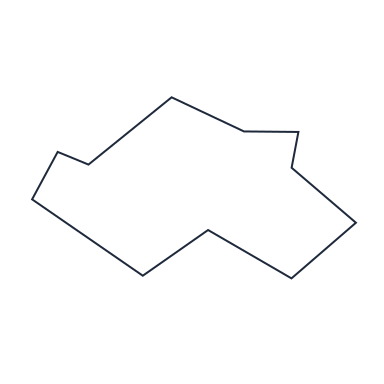 outline of Kattakurgan city, Samarkand, Uzbekistan, rotated 174°
{"feature_id": "79887680B69055285128401", "entity_name": "Kattakurgan city", "entity_type": "district", "adm_level": 2, "iso_a3": "UZB", "parent_name": "Uzbekistan", "parent_adm1": "Samarkand", "projection": "orthographic", "projection_center": [66.273, 39.857], "detail": "fine", "context": "isolated", "style": "outline", "palette": "slate", "viewbox_px": 384, "rotation_deg": 174, "n_neighbors": 0, "source": "geoboundaries", "source_scale": "gbopen_adm2", "svg_char_len": 305}
<svg xmlns="http://www.w3.org/2000/svg" viewBox="0 0 384 384"><g transform="rotate(174 192 192)"><path d="M102.1,95.7L32.2,144.3L90.4,205.7L79.9,240.6L134.0,246.8L202.4,288.3L292.1,230.1L321.4,245.9L351.8,201.4L249.7,113.9L180.0,152.5L102.1,95.7Z" fill="none" stroke="#1e293b" stroke-width="2"/></g></svg>